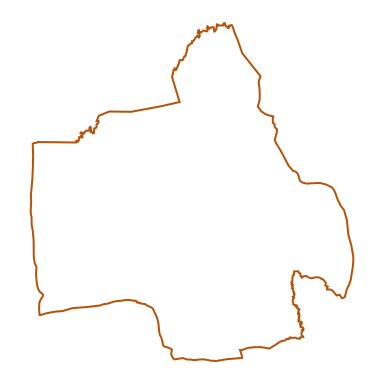 Thepharak, Chaiyaphum, Thailand
{"feature_id": "78962969B2077127014439", "entity_name": "Thepharak", "entity_type": "district", "adm_level": 2, "iso_a3": "THA", "parent_name": "Thailand", "parent_adm1": "Chaiyaphum", "projection": "equal_earth", "projection_center": [101.53, 15.302], "detail": "fine", "context": "isolated", "style": "outline", "palette": "amber", "viewbox_px": 384, "rotation_deg": 0, "n_neighbors": 0, "source": "geoboundaries", "source_scale": "gbopen_adm2", "svg_char_len": 5895}
<svg xmlns="http://www.w3.org/2000/svg" viewBox="0 0 384 384"><path d="M232.2,25.6L231.8,25.1L231.0,25.1L230.0,25.9L229.4,26.8L228.9,25.9L228.2,26.9L228.2,28.0L227.8,28.0L226.9,26.7L226.2,26.4L225.2,25.3L225.0,23.4L224.3,23.0L223.4,23.7L223.2,25.4L222.9,25.6L221.6,25.3L220.1,25.6L218.4,25.2L218.2,25.4L218.1,24.7L217.0,24.4L216.2,29.3L215.3,30.8L214.5,31.6L214.2,31.5L213.8,27.6L213.6,27.1L211.1,27.4L209.7,28.7L209.3,28.8L209.1,28.7L208.7,27.7L207.9,27.9L207.8,26.4L207.5,26.2L207.4,26.4L207.1,28.0L207.5,30.0L207.4,31.0L207.1,31.3L206.1,31.3L204.0,30.5L203.1,30.6L202.1,31.7L200.6,32.4L199.6,32.0L198.9,30.1L198.3,30.4L197.8,32.9L199.5,33.9L199.7,34.2L199.5,36.7L199.2,37.4L199.0,37.6L198.5,37.5L197.8,35.7L197.5,35.6L195.1,38.2L194.4,39.6L193.2,41.1L192.9,41.4L192.0,41.3L192.2,42.9L192.0,43.3L190.6,43.3L190.3,44.2L188.7,45.5L188.0,45.6L187.7,46.1L187.4,48.4L186.9,49.7L186.9,51.5L186.3,52.5L185.6,55.6L185.2,56.1L184.6,56.1L184.3,56.9L183.9,57.1L182.9,59.8L182.4,60.2L181.3,60.0L180.9,60.2L179.9,60.0L179.7,60.2L179.2,61.7L179.4,62.0L179.3,62.5L178.9,62.9L178.6,64.1L178.1,64.8L178.1,65.3L177.8,65.7L177.8,66.4L177.0,67.6L176.9,68.4L176.5,68.5L176.1,68.8L176.0,69.8L175.5,70.0L175.0,69.0L174.7,69.3L174.4,68.8L174.0,69.8L173.5,70.1L173.6,70.5L173.3,70.9L173.3,71.7L173.0,72.1L173.1,73.7L172.5,74.2L172.4,76.2L172.0,76.9L179.6,102.0L161.2,106.2L131.1,111.8L109.3,111.5L98.8,115.8L96.6,121.0L98.5,121.0L98.7,121.5L98.6,122.1L97.9,123.6L96.8,124.0L96.5,124.5L96.4,125.0L96.7,126.3L96.5,127.2L95.4,128.4L94.5,128.2L94.0,129.2L93.9,130.1L94.1,132.8L94.0,133.2L93.5,133.4L92.9,133.3L91.8,132.0L91.4,131.2L90.5,131.8L90.1,131.6L90.1,131.0L90.9,130.6L91.1,130.2L90.7,127.1L90.4,126.8L89.3,128.1L90.0,129.3L90.0,129.6L87.8,130.8L86.4,130.5L85.4,131.1L84.1,133.4L83.3,133.8L82.9,132.7L82.5,132.5L81.8,132.7L81.3,132.5L80.7,132.5L80.5,132.9L80.5,133.3L81.9,133.2L82.4,134.0L82.3,134.6L81.3,135.5L81.8,136.3L82.5,136.6L82.6,137.0L82.3,137.4L81.6,137.6L80.7,136.9L80.0,137.1L79.2,137.1L79.0,139.7L78.3,141.3L77.6,141.8L77.3,141.5L76.9,140.6L76.5,140.7L75.9,142.0L75.9,142.5L37.8,142.0L36.6,142.7L34.6,143.0L32.7,143.7L33.1,155.1L32.8,169.8L32.3,179.6L31.0,194.2L30.9,196.8L31.2,201.2L30.8,208.2L30.7,213.1L31.6,217.4L31.6,224.5L32.7,230.4L33.6,239.8L33.8,257.4L34.5,262.2L35.0,263.8L36.3,266.4L36.4,267.9L36.0,274.3L36.7,282.5L37.5,286.8L38.3,289.2L38.9,290.4L40.1,292.1L42.7,294.0L43.0,294.7L43.0,295.5L42.7,296.5L40.4,300.0L39.3,303.1L39.1,309.6L39.6,315.0L42.6,314.5L46.1,313.3L53.6,311.9L57.5,311.4L62.0,311.2L71.9,308.3L74.0,308.0L86.3,307.1L99.9,305.5L103.3,304.3L107.8,303.6L114.0,301.6L116.5,301.1L120.9,300.8L126.3,299.9L129.6,300.0L133.8,300.8L134.9,300.6L136.6,301.2L136.7,302.1L137.1,302.1L137.3,302.5L138.2,302.5L138.8,303.0L139.8,302.6L140.6,303.5L145.4,304.1L147.1,305.6L150.8,307.1L152.4,308.1L152.9,308.7L156.3,316.0L157.3,318.6L158.5,324.0L159.0,329.9L159.6,334.1L161.6,338.4L163.1,344.8L163.5,345.8L164.5,346.6L168.2,347.6L171.6,349.2L171.9,350.1L171.3,353.2L171.3,354.6L172.5,357.4L173.6,358.8L174.3,359.3L175.0,359.3L182.5,358.1L183.7,358.3L186.9,359.5L191.3,359.6L193.0,360.0L195.3,360.1L198.5,359.6L203.0,359.3L208.5,360.1L210.2,360.6L216.2,361.0L226.9,359.2L242.2,357.9L241.8,355.6L240.1,350.1L241.5,350.2L248.2,347.8L254.9,347.2L260.7,347.1L269.5,348.5L276.9,343.9L280.0,341.8L282.0,341.0L285.0,340.4L286.6,338.9L288.7,339.1L289.1,338.7L289.5,337.7L289.8,337.9L290.2,337.7L290.4,338.0L291.0,337.5L292.6,338.0L293.9,337.7L295.4,337.7L297.4,338.5L298.4,338.5L299.4,338.9L299.9,338.7L299.9,338.3L300.3,338.0L300.4,337.3L301.5,337.2L302.0,336.5L302.5,336.9L303.2,336.9L303.0,336.4L302.2,335.9L301.6,335.1L301.4,333.1L301.5,332.6L302.1,331.9L302.1,329.8L302.5,329.6L302.9,330.4L303.2,330.4L303.5,329.6L303.5,328.5L302.4,327.2L300.7,327.2L300.4,325.5L299.9,324.0L300.0,323.6L300.4,323.4L301.0,324.3L301.3,324.4L301.8,323.4L301.8,322.7L301.3,321.8L300.2,322.0L299.3,320.8L298.5,321.2L298.6,320.2L299.0,319.6L298.6,319.2L298.7,318.5L298.8,318.3L299.3,318.6L299.4,318.2L298.8,316.5L299.5,316.0L299.4,315.0L299.2,314.6L299.1,314.0L298.7,314.4L298.0,314.1L297.9,313.8L298.2,313.5L298.3,311.2L299.0,310.7L299.4,309.4L299.0,309.3L298.6,308.5L297.8,308.8L297.4,308.5L296.7,307.3L297.1,306.2L296.4,305.3L295.9,305.2L296.0,306.0L295.6,306.2L295.0,305.3L293.3,304.4L293.3,303.5L292.9,302.5L292.8,300.6L293.0,298.9L294.0,298.0L293.2,297.1L293.9,297.1L293.6,296.2L294.2,295.5L294.0,294.6L294.5,294.0L293.7,293.4L294.1,292.8L293.8,291.8L293.3,291.4L293.4,290.9L293.1,290.5L292.8,289.2L293.0,288.7L292.6,288.5L292.6,288.0L292.0,288.0L292.3,287.1L292.2,286.4L292.5,286.6L292.7,286.4L292.1,285.4L292.6,285.3L292.9,284.7L291.7,284.3L291.4,283.5L291.7,283.3L291.5,282.7L292.1,282.5L291.7,281.8L292.4,280.6L292.6,276.0L293.5,275.5L293.8,274.8L293.5,274.5L293.5,273.9L294.2,273.2L294.0,272.1L294.3,271.3L298.4,271.4L298.6,272.2L299.3,273.2L300.4,273.4L300.5,276.3L301.5,276.5L302.0,277.6L303.4,276.3L306.3,276.0L308.2,277.3L311.4,278.3L315.4,277.3L319.0,277.4L320.0,277.8L321.9,279.2L322.5,279.1L323.7,280.1L325.7,282.5L325.8,283.4L325.3,285.5L327.7,286.5L327.0,287.3L327.2,289.6L329.7,289.4L331.6,290.0L332.7,290.9L336.7,295.5L339.6,294.7L341.7,297.9L342.2,298.3L344.7,297.1L344.9,296.7L346.8,289.3L349.9,282.7L350.8,279.4L352.9,266.2L353.3,260.3L353.3,256.9L351.4,245.8L348.3,234.4L346.9,220.3L344.1,210.2L340.6,205.6L337.7,199.7L334.9,191.8L333.0,188.5L331.8,187.3L326.1,184.5L320.5,183.1L317.7,183.0L306.6,183.6L302.4,182.5L300.2,181.0L299.9,180.5L297.9,174.0L297.4,173.2L295.8,171.7L293.1,170.9L288.6,165.7L280.8,150.9L276.0,143.0L274.7,140.1L276.8,132.2L277.0,129.5L276.7,129.0L275.3,127.7L274.7,126.5L274.4,123.9L273.2,123.2L272.8,122.5L272.8,118.6L273.3,116.4L268.2,115.2L264.9,113.9L261.3,111.2L257.8,106.7L259.6,100.1L259.7,96.4L259.7,92.6L259.4,87.2L258.7,83.0L258.8,81.7L259.0,80.3L260.5,76.2L242.3,53.3L236.7,37.4L235.7,35.7L232.2,25.6Z" fill="none" stroke="#b45309" stroke-width="2"/></svg>